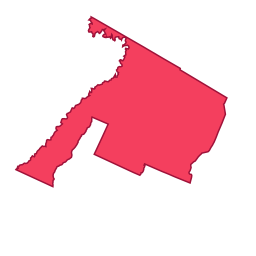 outline of Alto Paraíso, Rondônia, Brazil, rotated 25°
{"feature_id": "56859067B16955929440840", "entity_name": "Alto Paraíso", "entity_type": "district", "adm_level": 2, "iso_a3": "BRA", "parent_name": "Brazil", "parent_adm1": "Rondônia", "projection": "natural_earth1", "projection_center": [-63.561, -9.698], "detail": "fine", "context": "isolated", "style": "filled", "palette": "rose", "viewbox_px": 256, "rotation_deg": 25, "n_neighbors": 0, "source": "geoboundaries", "source_scale": "gbopen_adm2", "svg_char_len": 4582}
<svg xmlns="http://www.w3.org/2000/svg" viewBox="0 0 256 256"><g transform="rotate(25 128 128)"><path d="M204.9,143.3L203.8,143.7L202.9,143.5L202.2,142.9L202.0,142.1L202.3,140.4L202.0,137.9L201.8,137.0L201.0,136.0L200.3,134.5L201.4,131.9L201.8,130.9L202.9,129.5L203.9,124.3L204.8,121.8L205.4,120.4L205.5,119.6L210.0,116.1L210.6,115.6L211.2,114.0L211.4,110.5L211.8,108.0L211.9,105.4L212.0,104.5L211.9,101.4L211.8,99.0L211.4,93.6L211.1,83.8L210.8,79.2L210.5,74.4L209.0,72.2L205.3,66.8L204.6,66.0L205.0,64.9L204.9,58.9L199.0,58.3L150.6,53.3L150.2,51.9L130.8,50.2L112.9,48.5L109.0,48.1L51.0,43.1L47.7,42.9L48.3,43.9L47.5,44.6L46.9,46.6L48.5,46.2L49.3,47.1L51.1,48.1L51.5,48.8L50.2,48.9L49.6,49.5L49.0,50.7L49.8,51.3L50.5,52.6L51.2,53.1L50.9,55.0L51.0,56.5L51.9,57.5L52.8,57.2L54.3,56.2L55.0,56.9L56.5,57.5L57.0,58.4L57.4,59.9L58.4,59.9L58.8,59.1L58.2,56.3L58.5,55.3L59.1,54.4L59.6,53.5L61.0,53.8L62.0,54.4L62.8,53.3L62.9,51.7L63.2,50.9L63.1,49.6L64.4,49.2L65.4,48.1L65.0,50.1L66.2,50.8L66.9,51.4L68.1,52.3L67.3,52.8L66.7,53.3L66.2,54.8L66.6,55.7L68.4,55.7L69.8,55.3L69.7,54.1L70.7,54.6L72.1,53.8L72.9,53.0L74.2,54.0L74.4,53.0L73.7,50.1L74.5,50.6L74.9,51.6L75.9,53.2L76.6,54.0L77.5,54.5L78.3,54.2L79.1,54.5L79.2,53.6L78.4,52.6L78.2,51.7L78.4,50.9L79.3,50.1L81.0,49.2L81.5,50.0L82.3,50.8L83.5,50.8L84.2,50.4L84.9,51.0L84.8,49.5L85.1,48.2L86.7,47.1L88.4,47.3L88.5,49.6L88.9,50.3L89.9,50.9L90.1,51.9L89.4,54.1L88.3,55.0L88.8,56.5L89.6,55.2L90.7,54.5L92.7,53.2L94.0,53.6L95.0,54.8L94.9,56.2L93.9,56.4L93.0,56.6L92.2,56.8L92.4,57.7L93.6,58.1L93.4,59.6L95.1,62.6L94.4,63.6L93.9,64.7L95.1,64.9L95.2,67.6L94.9,69.2L94.3,69.5L93.6,69.2L92.4,69.3L91.9,70.0L91.8,70.8L92.7,71.0L93.6,72.2L94.5,72.7L95.2,72.7L95.8,73.3L96.5,74.3L95.7,75.5L94.2,76.0L93.4,77.0L93.3,77.9L93.7,78.8L93.1,80.3L94.3,81.5L96.1,81.9L95.9,82.9L96.6,83.5L96.1,85.1L96.5,86.6L95.8,86.8L94.4,87.5L94.5,85.9L93.9,84.9L93.7,87.0L93.5,89.0L92.2,90.2L92.4,91.6L91.1,92.6L90.8,94.2L89.8,94.7L87.7,95.1L86.9,95.4L86.9,96.6L85.9,97.8L86.1,99.2L85.2,100.0L84.5,100.5L83.7,101.4L82.5,101.5L82.0,102.8L81.6,103.8L80.7,105.1L81.3,106.2L80.8,107.0L80.1,107.1L79.0,107.2L78.0,107.6L79.1,108.8L79.5,110.1L79.9,111.2L79.0,111.7L77.9,111.1L78.1,112.2L78.0,113.3L78.4,114.8L79.5,114.8L77.8,117.3L77.4,118.5L76.5,119.6L75.4,119.8L74.0,120.3L74.3,121.4L73.9,122.5L74.3,123.8L74.3,125.3L73.8,126.5L73.1,127.8L72.3,128.3L71.8,129.1L71.1,129.6L70.9,130.7L71.1,132.1L70.6,133.2L69.5,133.1L68.9,133.5L69.0,137.8L68.2,138.8L67.7,139.8L66.8,140.5L66.6,141.8L68.1,143.2L68.8,144.0L68.8,145.2L68.0,146.0L66.3,146.5L64.6,147.4L64.4,148.5L64.6,149.5L64.8,151.5L66.0,151.7L66.8,152.0L65.7,154.8L65.2,155.4L64.5,156.0L62.9,156.8L62.5,157.5L63.1,159.2L63.8,159.6L64.8,160.0L63.8,161.8L63.5,162.5L63.3,163.7L63.4,166.1L63.0,167.2L63.0,168.1L62.2,169.0L63.1,171.3L62.1,172.0L60.1,172.5L59.5,173.3L59.6,174.1L60.1,175.2L60.1,176.7L60.7,178.4L61.4,179.5L60.2,179.8L59.3,180.4L57.9,180.5L57.2,182.5L56.7,183.9L56.7,184.8L55.9,186.6L55.6,187.5L55.6,188.6L55.8,190.0L55.0,190.4L54.4,191.1L54.9,192.0L55.4,192.8L55.2,193.7L54.1,193.7L53.2,193.6L52.9,194.4L53.0,195.4L52.4,196.3L52.8,197.2L53.2,198.1L52.9,198.9L52.1,199.7L52.0,200.8L51.8,201.7L51.3,202.6L50.2,203.4L49.1,203.6L48.6,204.2L47.9,205.7L46.2,206.9L45.5,207.6L45.2,209.3L44.4,209.3L44.4,210.5L45.4,211.0L44.9,211.7L44.2,212.2L44.0,213.1L44.8,213.1L84.7,212.9L84.2,211.6L83.6,210.5L83.0,209.8L83.0,208.9L82.5,207.9L82.2,206.9L82.6,206.3L82.6,205.4L81.9,205.0L81.4,204.5L80.8,203.7L80.2,202.9L80.1,202.1L79.7,201.4L79.8,199.9L80.1,198.6L79.8,197.4L79.9,196.4L80.0,195.4L80.1,193.9L80.0,193.0L80.7,192.3L81.4,191.8L81.7,190.8L82.6,190.1L83.5,189.2L83.8,188.4L84.0,186.9L84.7,186.1L85.7,185.2L86.1,184.0L86.3,182.9L87.2,181.5L87.9,180.9L88.5,179.6L89.1,178.5L88.9,177.4L88.7,176.6L88.2,175.6L87.5,174.8L87.0,173.7L86.8,172.7L86.8,171.3L87.2,170.6L87.7,169.3L88.2,167.6L88.5,165.7L88.7,164.5L88.7,163.3L88.8,162.0L88.3,161.0L88.6,159.2L88.8,157.7L88.8,156.3L89.2,155.0L88.8,154.3L89.2,153.5L90.5,152.3L90.8,151.4L91.0,150.1L91.3,148.9L91.0,148.0L91.2,146.7L91.0,145.4L91.3,144.7L92.1,143.8L92.6,143.1L92.5,142.1L92.7,140.9L92.3,140.0L92.1,138.4L92.4,137.6L92.1,136.9L91.6,135.7L91.0,134.5L90.8,133.3L108.4,132.8L108.5,145.7L108.5,152.0L108.5,158.7L108.5,166.1L152.2,166.0L158.7,165.8L159.1,164.2L158.8,163.0L159.7,162.5L159.9,161.6L160.0,160.4L159.8,159.0L159.3,157.8L159.4,156.4L159.2,154.8L158.3,154.9L158.2,153.5L173.1,153.1L177.2,153.0L184.7,152.6L189.8,152.5L196.1,152.2L207.5,151.6L206.9,148.5L206.5,146.1L206.1,144.8L205.7,143.8L204.9,143.3Z" fill="#f43f5e" stroke="#9f1239" stroke-width="1.5"/></g></svg>